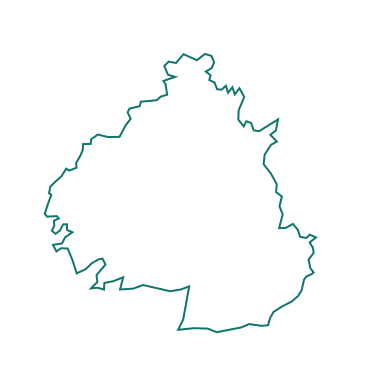 Guzar, Kashkadarya, Uzbekistan, rotated 285°
{"feature_id": "79887680B36641058684147", "entity_name": "Guzar", "entity_type": "district", "adm_level": 2, "iso_a3": "UZB", "parent_name": "Uzbekistan", "parent_adm1": "Kashkadarya", "projection": "natural_earth1", "projection_center": [66.156, 38.52], "detail": "fine", "context": "isolated", "style": "outline", "palette": "teal", "viewbox_px": 384, "rotation_deg": 285, "n_neighbors": 0, "source": "geoboundaries", "source_scale": "gbopen_adm2", "svg_char_len": 1873}
<svg xmlns="http://www.w3.org/2000/svg" viewBox="0 0 384 384"><g transform="rotate(285 192 192)"><path d="M83.1,300.0L90.3,300.0L97.3,301.8L105.1,308.9L112.1,316.8L119.1,321.4L125.6,323.4L128.1,323.2L136.2,322.9L139.8,324.2L143.9,329.0L145.8,330.3L149.0,326.0L156.9,322.1L164.6,325.3L169.3,323.3L173.8,318.7L180.2,323.5L181.3,316.8L177.2,314.4L176.7,308.0L182.8,304.1L187.3,297.7L181.3,291.6L179.7,285.5L193.9,285.4L200.8,280.2L210.9,280.0L213.7,273.3L221.5,271.8L230.1,263.6L237.4,254.0L246.9,252.5L258.0,256.1L262.7,260.9L267.5,252.9L273.2,257.1L284.4,256.3L268.1,241.1L267.5,235.7L274.0,231.2L274.4,226.1L268.7,225.0L273.9,218.0L283.1,215.9L297.3,217.9L304.5,211.0L297.4,208.1L303.6,203.9L297.2,201.1L303.4,197.2L298.4,194.0L297.8,189.6L303.6,185.4L304.7,179.7L309.5,179.8L311.9,174.1L316.9,179.0L323.0,179.8L328.5,175.5L328.7,168.8L320.6,162.6L322.9,148.1L312.5,143.2L311.9,135.8L306.6,132.6L299.0,138.5L298.9,145.9L291.9,135.7L289.2,138.6L279.6,142.8L275.9,137.0L271.6,134.2L269.3,128.4L266.1,119.3L261.3,119.2L256.4,110.0L252.3,109.2L246.8,113.8L239.0,110.6L226.5,107.7L223.3,96.5L223.1,86.1L216.7,80.9L212.3,81.8L210.1,74.4L204.3,75.6L198.5,74.8L190.0,72.6L185.6,74.2L180.9,67.8L182.0,64.4L173.5,61.9L166.2,57.1L160.4,53.7L153.8,54.3L152.9,56.8L142.3,55.9L132.8,55.4L130.7,58.4L133.7,67.6L131.9,70.2L128.6,66.1L123.5,67.7L118.4,66.6L116.3,71.0L120.6,74.4L127.4,75.9L128.4,79.6L122.9,81.2L122.2,86.9L115.1,81.0L108.7,79.9L105.0,71.4L99.5,76.4L103.9,80.2L105.2,86.6L95.2,94.2L83.6,101.7L89.9,109.2L97.3,113.7L103.0,119.5L104.4,122.9L99.5,127.2L87.1,121.3L80.6,123.9L72.8,119.4L75.1,125.8L75.0,132.2L81.5,130.9L85.5,139.1L91.8,147.6L79.2,147.7L83.5,160.3L89.5,168.8L90.5,196.7L94.8,206.2L100.1,213.7L66.5,216.5L55.3,214.3L60.9,228.9L64.1,242.4L63.0,252.2L69.6,265.7L73.9,274.6L79.2,281.4L80.8,294.2L83.1,300.0Z" fill="none" stroke="#0f766e" stroke-width="2"/></g></svg>